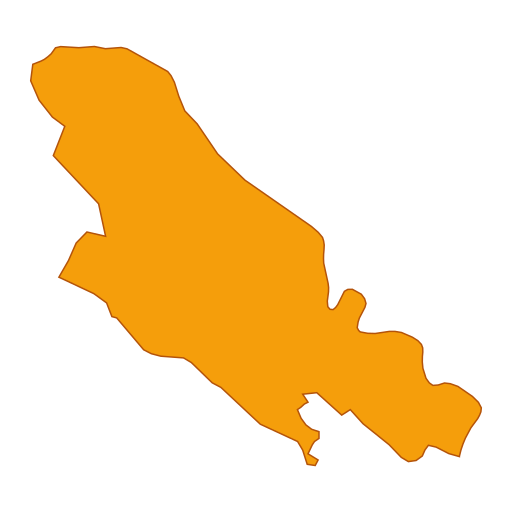 SVG path tracing the border of La Spezia
{"feature_id": "ITA-5370", "entity_name": "La Spezia", "entity_type": "Province", "adm_level": 1, "iso_a3": "ITA", "parent_name": "Italy", "parent_adm1": "", "projection": "albers", "projection_center": [9.818, 44.235], "detail": "fine", "context": "isolated", "style": "filled", "palette": "amber", "viewbox_px": 512, "rotation_deg": 0, "n_neighbors": 0, "source": "natural_earth", "source_scale": "10m", "svg_char_len": 1751}
<svg xmlns="http://www.w3.org/2000/svg" viewBox="0 0 512 512"><path d="M459.4,456.6L448.8,453.6L436.1,447.1L428.4,445.3L425.0,449.9L422.3,456.0L416.1,460.5L408.4,461.6L401.3,457.4L389.1,444.7L363.0,423.7L350.3,409.6L341.7,415.1L316.8,392.7L302.7,394.2L308.0,402.2L304.4,404.0L300.8,407.3L297.4,409.6L301.1,418.3L305.9,424.9L311.7,429.3L319.0,431.7L319.0,438.4L314.5,441.5L312.3,444.8L308.0,453.8L318.1,460.0L315.2,465.5L307.2,464.3L302.7,450.1L297.6,441.5L260.3,424.2L220.9,387.4L212.2,382.8L191.3,362.5L183.5,357.9L160.8,356.2L151.3,353.7L143.7,349.8L116.7,317.9L111.9,316.6L106.6,302.9L93.8,293.6L58.9,277.2L68.5,260.5L76.2,243.0L86.9,232.0L105.6,236.3L98.6,203.8L53.3,155.6L64.8,126.3L52.4,117.1L39.1,100.2L30.7,80.8L32.8,64.3L41.2,61.0L44.3,59.4L47.7,56.9L51.2,53.8L55.5,47.8L60.6,46.6L78.8,47.7L94.4,46.5L105.4,48.7L121.1,47.5L127.0,48.8L167.7,71.5L171.1,75.8L174.4,82.3L178.8,96.3L184.8,110.9L197.2,123.9L217.6,153.9L245.0,180.2L311.5,226.5L318.2,232.3L322.5,237.4L323.6,240.9L324.2,245.0L324.0,249.6L323.6,254.2L323.5,258.7L323.7,263.2L328.1,283.4L328.6,287.5L328.5,291.9L327.3,301.1L327.8,306.7L330.0,309.3L333.1,309.6L335.6,307.5L337.7,304.7L344.4,291.3L347.8,289.4L352.4,289.3L361.3,294.2L364.6,298.7L366.0,303.5L364.9,307.4L359.4,318.0L358.1,322.0L357.2,327.7L358.6,330.4L360.2,331.9L367.7,333.3L375.2,333.5L389.4,331.4L394.9,331.4L401.5,332.5L412.4,337.2L417.9,340.7L421.4,344.4L422.7,347.9L422.8,352.1L422.4,356.4L422.3,361.9L422.9,368.3L426.0,378.3L429.3,382.9L432.9,385.4L438.2,385.0L444.5,383.0L450.3,383.7L457.9,386.4L472.4,396.4L478.4,402.3L481.3,407.8L480.9,411.8L479.5,415.3L477.7,418.6L470.9,427.8L465.4,438.1L463.0,443.9L461.0,449.8L459.7,455.0L459.4,456.4L459.4,456.6Z" fill="#f59e0b" stroke="#b45309" stroke-width="1.5"/></svg>